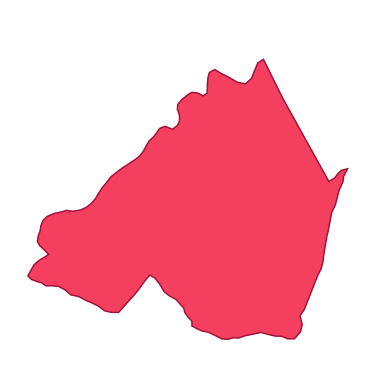 the district of Buriti do Tocantins, Tocantins, Brazil, rotated 98°
{"feature_id": "56859067B91064874874121", "entity_name": "Buriti do Tocantins", "entity_type": "district", "adm_level": 2, "iso_a3": "BRA", "parent_name": "Brazil", "parent_adm1": "Tocantins", "projection": "natural_earth1", "projection_center": [-48.13, -5.348], "detail": "fine", "context": "isolated", "style": "filled", "palette": "rose", "viewbox_px": 384, "rotation_deg": 98, "n_neighbors": 0, "source": "geoboundaries", "source_scale": "gbopen_adm2", "svg_char_len": 1710}
<svg xmlns="http://www.w3.org/2000/svg" viewBox="0 0 384 384"><g transform="rotate(98 192 192)"><path d="M297.9,342.8L300.8,339.1L302.2,333.3L302.9,328.1L305.3,323.6L304.4,318.1L304.0,311.2L306.7,303.6L310.8,297.6L311.2,289.9L314.1,281.8L316.0,274.9L318.1,268.6L321.8,262.0L322.4,255.4L321.5,248.0L301.5,234.6L294.9,230.7L286.0,226.0L280.2,222.2L282.2,217.0L287.4,211.4L294.4,206.0L298.0,199.9L300.6,192.8L304.7,188.1L308.0,184.1L312.6,182.2L316.5,178.5L320.1,174.1L324.7,173.4L326.7,168.1L328.3,162.5L328.5,156.5L330.8,149.4L333.3,142.0L332.8,135.8L330.5,130.6L330.1,125.4L326.9,119.4L324.2,111.5L321.5,104.4L322.4,97.0L323.1,89.4L322.4,83.4L324.0,76.8L323.1,70.1L315.3,65.1L307.9,64.4L299.5,67.8L292.6,64.4L257.6,56.0L250.2,53.5L243.1,52.6L236.7,52.8L217.0,52.3L212.0,51.7L192.7,50.8L185.0,48.3L169.6,46.5L160.5,43.9L155.7,44.1L147.4,41.2L149.6,46.8L153.2,49.9L158.2,52.6L162.5,58.0L86.5,115.2L50.7,139.7L55.1,144.9L71.2,148.9L77.6,154.1L76.9,162.7L74.4,168.6L72.2,174.6L70.3,180.2L67.6,186.5L71.2,191.4L76.2,192.1L81.6,191.9L87.4,191.2L92.1,190.9L95.2,194.4L93.2,199.9L93.3,206.0L96.5,209.9L101.9,214.9L107.3,218.3L112.1,218.0L118.3,214.9L123.5,214.3L128.0,215.6L132.5,219.8L130.7,228.0L133.5,232.8L137.7,234.9L142.8,237.8L147.4,241.5L152.3,243.6L158.2,245.7L163.5,248.9L167.5,252.5L171.2,256.7L175.0,260.9L178.4,264.9L183.5,269.9L188.2,274.4L194.3,277.8L200.6,281.7L206.4,284.4L212.2,286.8L217.3,290.2L222.0,294.6L225.4,300.1L227.7,307.3L227.7,313.9L230.0,318.8L232.2,324.9L236.1,331.7L240.6,335.4L246.1,336.9L251.5,337.0L256.8,338.1L262.4,338.3L266.5,335.2L269.7,330.4L273.8,325.3L277.7,329.8L280.9,333.8L286.1,338.3L292.2,340.7L297.9,342.8Z" fill="#f43f5e" stroke="#9f1239" stroke-width="1.5"/></g></svg>